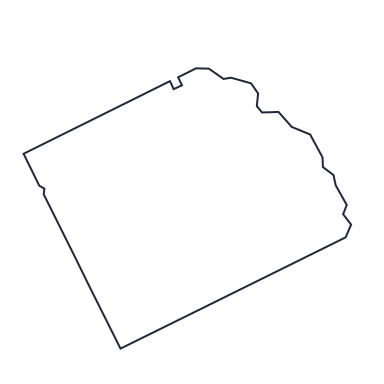 the district of Coosa, Alabama, United States of America, rotated 154°
{"feature_id": "52423323B80267107041052", "entity_name": "Coosa", "entity_type": "district", "adm_level": 2, "iso_a3": "USA", "parent_name": "United States of America", "parent_adm1": "Alabama", "projection": "orthographic", "projection_center": [-86.325, 32.929], "detail": "fine", "context": "isolated", "style": "outline", "palette": "slate", "viewbox_px": 384, "rotation_deg": 154, "n_neighbors": 0, "source": "geoboundaries", "source_scale": "gbopen_adm2", "svg_char_len": 552}
<svg xmlns="http://www.w3.org/2000/svg" viewBox="0 0 384 384"><g transform="rotate(154 192 192)"><path d="M325.0,91.6L324.9,82.6L238.8,83.0L73.8,83.9L63.3,92.9L65.9,105.8L58.6,112.5L59.9,135.1L57.4,145.2L63.4,157.0L59.5,165.9L60.6,191.9L73.8,206.7L79.2,226.1L86.8,229.4L94.2,232.8L96.1,240.7L89.4,251.6L91.3,263.8L106.8,277.6L114.1,279.8L122.8,295.5L134.2,301.4L154.2,301.2L154.2,292.3L163.4,292.5L163.2,301.3L326.6,300.2L326.5,264.6L323.2,259.7L326.3,254.9L325.7,185.2L325.6,149.1L325.0,91.6Z" fill="none" stroke="#1e293b" stroke-width="2"/></g></svg>